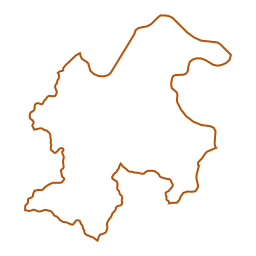 Borski, Natural Earth projection
{"feature_id": "SRB-125", "entity_name": "Borski", "entity_type": "District", "adm_level": 1, "iso_a3": "SRB", "parent_name": "Republic of Serbia", "parent_adm1": "", "projection": "natural_earth1", "projection_center": [22.104, 44.305], "detail": "fine", "context": "isolated", "style": "outline", "palette": "amber", "viewbox_px": 256, "rotation_deg": 0, "n_neighbors": 0, "source": "natural_earth", "source_scale": "10m", "svg_char_len": 5747}
<svg xmlns="http://www.w3.org/2000/svg" viewBox="0 0 256 256"><path d="M215.9,147.9L207.0,151.7L205.2,153.5L202.1,158.2L198.7,161.8L198.2,162.1L198.0,163.7L198.2,165.1L198.6,165.9L198.9,165.9L196.8,173.7L196.4,176.7L196.6,179.2L197.9,184.8L198.0,187.1L195.5,191.2L191.8,191.8L187.6,191.5L183.3,192.9L180.9,196.2L179.3,200.0L177.0,202.7L172.4,202.8L169.2,203.3L169.3,203.1L169.0,202.0L168.6,201.2L168.1,200.8L167.1,200.3L166.7,200.0L166.4,199.5L166.4,199.0L166.5,197.2L166.5,196.6L165.8,194.9L165.6,194.0L165.6,193.1L165.7,192.7L166.3,192.2L167.0,191.8L168.4,191.2L169.2,190.5L170.3,188.9L171.3,188.0L171.9,187.2L172.4,186.5L172.8,185.3L172.8,184.8L172.6,184.3L171.6,182.4L170.8,180.6L170.2,179.8L169.8,179.4L169.0,179.1L166.4,178.8L164.3,178.2L162.1,177.6L160.8,177.1L160.0,176.5L159.7,176.2L158.8,174.4L158.1,173.5L157.5,173.1L155.3,171.6L154.7,171.3L153.7,171.0L152.2,170.8L150.6,170.8L149.1,170.8L147.6,171.0L146.0,171.7L145.4,172.1L144.3,173.3L143.8,173.6L143.2,173.7L142.6,173.8L141.3,173.7L139.0,172.9L138.3,172.8L134.4,172.5L133.7,172.3L132.1,171.8L130.0,171.7L129.6,171.6L128.5,171.1L128.0,170.7L125.0,168.1L123.0,166.6L121.9,165.3L120.7,163.7L119.7,165.4L119.2,166.7L118.9,168.0L118.6,168.6L118.3,169.1L117.1,170.7L116.3,172.1L115.5,172.8L114.3,173.7L114.0,174.0L112.4,176.5L112.2,176.9L112.1,177.6L112.3,178.2L112.9,179.0L113.8,179.7L115.9,180.8L116.8,181.5L117.1,182.0L117.3,182.7L117.5,184.2L117.4,186.6L117.2,188.4L117.2,188.8L117.3,189.1L117.5,189.5L118.8,190.9L119.1,191.4L119.7,193.7L119.9,194.1L120.2,194.5L121.7,195.9L122.0,196.4L122.2,196.9L122.2,198.1L121.8,200.1L121.8,200.6L122.1,202.6L122.1,203.2L121.9,203.7L121.6,204.4L121.3,204.9L120.8,205.2L120.0,205.5L117.7,206.0L117.0,206.4L116.6,206.6L116.3,207.0L116.1,207.6L115.7,209.3L115.5,209.8L115.1,210.4L114.7,211.0L113.1,212.6L112.6,213.2L112.0,214.4L111.4,216.1L111.0,216.8L110.3,217.9L108.9,219.5L108.5,220.1L107.8,221.6L107.1,223.2L107.0,223.7L106.9,224.3L107.3,226.4L107.3,227.9L107.2,228.6L106.8,229.9L106.0,231.8L105.7,232.3L105.3,232.7L105.0,232.9L102.4,234.0L100.3,234.5L99.9,234.8L99.7,235.2L98.2,238.3L97.6,240.6L95.4,239.2L93.9,237.8L87.3,235.2L86.2,234.7L85.1,233.8L84.8,233.4L84.6,232.8L84.3,231.1L84.0,230.1L83.1,228.7L82.9,228.3L82.8,227.9L82.8,226.7L82.6,226.1L82.3,225.6L81.0,223.9L80.7,223.3L80.1,221.7L79.9,221.2L79.5,220.8L79.2,220.6L78.8,220.4L77.5,220.3L76.5,220.4L76.1,220.5L75.7,220.9L74.5,222.8L73.4,224.1L73.1,224.4L72.5,224.6L71.9,224.6L69.4,223.8L67.8,222.8L66.9,222.5L64.4,222.1L63.1,221.9L62.6,221.7L60.3,220.2L60.0,220.0L58.2,217.9L57.0,216.8L56.2,216.3L54.4,215.6L54.0,215.3L53.4,214.1L52.7,213.1L51.5,211.6L51.0,211.3L50.7,211.1L48.4,210.6L46.1,209.9L45.5,209.9L44.0,210.2L41.1,211.2L39.5,211.4L38.6,211.4L37.3,211.1L35.2,210.1L34.2,209.8L33.6,209.7L33.0,209.8L30.5,210.8L29.9,210.9L28.8,210.9L25.1,210.1L25.2,207.0L25.3,205.9L25.5,205.4L25.9,204.8L27.2,203.8L27.5,203.5L27.7,203.1L27.9,202.5L28.1,199.6L28.4,198.8L28.7,198.5L29.1,198.3L30.1,198.1L31.0,197.7L31.6,197.4L32.6,196.5L32.9,196.0L33.0,195.5L33.1,194.1L33.3,193.7L34.5,190.7L35.4,190.7L37.7,189.9L38.4,189.9L40.6,190.1L41.3,190.1L42.1,189.9L42.7,189.5L43.4,189.0L44.8,187.4L45.3,186.9L47.5,185.4L49.8,184.1L52.2,183.1L53.4,182.8L54.2,182.8L60.1,182.8L61.3,182.5L62.1,182.0L62.7,181.3L63.8,179.8L64.1,179.3L64.2,179.0L64.1,178.5L63.8,178.0L62.3,176.7L61.9,175.8L61.7,175.2L61.5,173.0L60.8,170.9L60.8,170.5L61.0,170.2L61.4,169.7L62.5,168.9L63.0,168.4L63.4,167.7L63.6,167.1L63.6,166.5L63.6,165.9L63.4,165.1L63.2,163.7L63.1,161.2L63.2,160.0L63.7,158.0L63.7,156.7L63.4,155.7L62.6,154.0L62.2,152.7L62.2,152.2L62.3,151.7L63.3,150.4L63.4,150.1L63.5,149.7L63.4,149.3L63.2,148.9L62.5,148.4L61.8,148.1L60.8,148.2L59.9,148.5L59.0,149.2L57.1,151.4L55.8,152.6L55.3,152.9L54.9,153.0L54.6,152.9L54.1,152.6L52.7,151.2L51.0,149.9L50.8,149.4L50.7,148.9L50.7,147.7L51.1,145.6L51.2,144.9L51.1,144.2L50.6,142.2L50.7,141.4L50.9,140.1L50.9,139.6L50.4,137.6L50.4,135.7L50.4,135.2L49.9,133.9L49.4,133.1L47.4,131.1L46.7,130.6L45.7,130.3L44.5,130.0L43.7,129.7L42.6,128.8L42.1,128.5L41.5,128.3L40.2,128.3L39.5,128.4L36.5,129.2L34.1,129.6L33.6,128.3L32.5,126.3L32.3,125.7L32.4,125.2L32.6,124.6L33.3,123.6L33.6,123.0L33.7,122.5L33.6,122.0L33.2,121.3L32.7,120.5L30.8,119.1L30.1,118.4L30.0,118.0L29.8,117.3L29.7,115.9L29.8,114.5L30.0,113.8L30.3,113.1L30.8,112.4L31.3,112.0L32.8,111.3L33.7,110.5L34.0,110.0L34.4,109.2L34.6,108.5L34.8,105.6L34.9,105.0L35.1,104.6L35.4,104.2L35.7,103.9L36.5,103.5L37.5,103.2L38.8,103.3L41.1,104.2L41.7,104.2L42.1,104.0L42.5,103.8L43.0,103.1L44.2,100.6L45.8,99.2L46.3,98.6L47.1,97.2L47.9,96.5L48.5,96.1L49.4,95.9L50.0,95.9L52.3,96.2L54.2,96.2L55.0,95.9L55.4,95.5L55.7,95.0L56.6,93.0L56.8,92.5L56.8,91.9L56.2,90.1L55.3,88.0L55.1,86.8L55.2,86.2L55.4,85.2L55.7,84.8L56.5,83.8L56.9,83.0L57.3,81.2L57.6,80.2L58.6,78.8L58.9,78.0L58.9,76.7L59.0,75.9L58.9,75.0L58.7,74.3L57.8,72.9L58.5,72.3L59.6,71.5L60.7,71.1L62.0,71.0L62.7,70.7L63.0,70.4L63.2,69.9L63.2,68.7L63.3,68.2L63.7,67.5L64.4,66.6L66.2,64.5L67.9,63.1L69.9,61.1L75.9,55.4L79.9,53.2L80.7,56.5L81.8,58.5L84.0,60.3L86.3,61.6L88.2,63.3L90.4,70.9L94.0,74.1L98.6,76.0L103.1,76.4L108.1,75.2L110.8,72.7L134.3,34.2L135.6,30.1L138.6,28.0L147.2,26.3L151.2,24.0L158.5,16.9L160.6,15.4L165.7,15.5L169.5,16.3L172.6,17.9L187.0,32.3L194.1,37.5L201.1,40.6L217.4,42.4L220.5,44.4L230.9,54.9L229.7,59.7L226.1,63.0L221.5,65.0L217.5,65.7L213.0,64.7L205.5,60.1L201.1,58.5L196.8,58.3L192.7,59.5L189.6,62.1L188.4,66.5L187.8,71.0L186.1,73.6L183.4,74.7L176.1,75.0L174.2,75.5L172.8,76.7L171.9,79.2L171.3,82.7L171.3,86.1L171.9,88.3L176.3,91.9L177.2,93.7L177.4,95.7L176.9,99.8L177.1,101.8L180.8,109.4L186.3,116.3L193.3,121.7L201.3,125.0L209.8,126.1L213.8,127.8L215.5,131.3L214.6,143.9L215.7,147.8L215.9,147.9Z" fill="none" stroke="#b45309" stroke-width="2"/></svg>